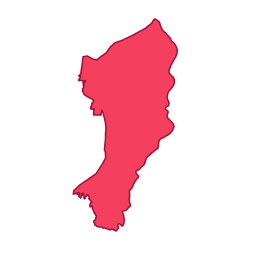 outline of Islas del Ibicuy, Entre Ríos, Argentina, rotated 247°
{"feature_id": "61730980B51981995924731", "entity_name": "Islas del Ibicuy", "entity_type": "district", "adm_level": 2, "iso_a3": "ARG", "parent_name": "Argentina", "parent_adm1": "Entre Ríos", "projection": "orthographic", "projection_center": [-58.964, -33.597], "detail": "fine", "context": "isolated", "style": "filled", "palette": "rose", "viewbox_px": 256, "rotation_deg": 247, "n_neighbors": 0, "source": "geoboundaries", "source_scale": "gbopen_adm2", "svg_char_len": 5557}
<svg xmlns="http://www.w3.org/2000/svg" viewBox="0 0 256 256"><g transform="rotate(247 128 128)"><path d="M88.6,51.8L88.5,52.0L88.5,52.8L88.3,53.7L88.1,53.7L88.0,53.9L88.2,54.2L88.1,54.5L87.5,55.1L86.9,55.3L86.4,55.6L86.2,56.0L86.3,56.4L86.5,56.3L86.9,56.0L87.1,55.7L87.3,55.5L87.9,55.8L88.0,56.1L88.3,56.9L87.5,57.7L86.8,58.1L86.0,57.8L85.6,57.5L85.0,56.6L84.6,56.2L84.3,56.0L83.7,56.1L83.1,56.7L82.1,57.0L82.8,58.1L83.2,58.6L83.7,59.0L84.6,59.3L85.2,59.5L85.6,59.8L85.7,60.1L85.7,60.7L85.3,61.3L84.8,61.5L84.5,61.4L84.2,60.4L84.1,60.2L83.9,60.2L83.1,60.8L82.5,60.9L80.8,60.1L80.2,60.0L79.8,60.3L79.8,60.8L80.0,61.0L80.3,60.9L80.4,60.6L80.6,60.4L81.0,60.4L81.2,60.6L81.2,60.9L81.3,62.9L81.4,63.1L82.3,63.4L82.6,63.6L82.7,63.9L82.6,64.3L82.3,64.8L81.4,64.8L80.5,65.2L79.6,65.3L79.2,65.2L78.7,64.9L78.5,64.3L77.4,64.5L76.2,65.2L75.5,65.2L75.1,65.4L74.4,65.4L74.1,65.3L73.8,65.5L73.9,65.2L73.7,64.9L73.6,64.2L73.4,63.9L72.2,63.0L71.0,62.3L70.7,62.2L70.3,62.3L70.1,62.6L70.1,62.9L70.5,63.4L70.5,63.9L70.3,64.3L69.8,64.7L69.2,64.6L68.9,64.4L68.7,64.0L68.0,63.8L67.1,63.8L65.6,64.0L64.4,63.8L63.4,63.7L62.5,63.8L61.7,64.1L60.3,64.2L59.5,64.5L59.0,64.5L58.5,64.1L58.4,63.6L58.1,63.3L56.1,62.3L55.8,61.8L56.2,60.9L55.9,60.3L55.3,59.8L54.8,59.6L53.5,60.0L53.0,60.0L52.4,59.6L52.0,59.6L51.5,59.7L50.5,60.5L49.3,61.1L48.1,62.9L47.6,64.4L47.3,64.8L47.0,65.2L46.0,65.5L45.6,65.9L45.4,66.3L45.4,67.0L45.2,67.3L44.2,68.3L43.5,68.9L43.1,69.9L41.4,71.3L41.2,71.5L41.1,72.4L41.1,73.7L41.0,74.0L40.6,74.4L39.7,74.9L39.4,75.6L39.1,75.9L38.3,76.2L38.0,76.7L38.0,77.6L39.2,79.1L39.7,80.2L40.1,80.4L42.2,80.7L43.0,81.1L43.4,81.6L43.5,82.2L43.1,82.8L42.6,83.2L40.4,84.0L40.1,84.3L40.0,84.5L40.1,85.2L40.3,85.5L41.9,87.0L44.6,88.5L45.8,89.0L48.1,89.4L49.5,90.0L52.2,89.8L52.6,89.9L53.1,90.2L53.3,90.8L53.4,91.2L53.2,92.6L53.0,93.5L53.2,94.9L53.4,95.6L54.6,97.4L54.9,99.0L55.6,99.8L56.7,100.3L58.2,100.3L62.1,101.3L63.4,102.0L64.0,102.5L64.8,103.0L65.8,103.5L68.2,104.1L69.2,104.6L69.7,105.1L70.1,105.8L70.6,106.6L70.7,107.2L71.7,108.9L72.6,109.8L73.5,110.4L74.4,111.2L74.5,111.4L74.6,111.8L75.1,112.5L76.4,114.0L77.8,116.6L78.2,117.6L78.3,117.7L78.4,118.0L78.5,118.1L78.6,118.4L78.9,118.7L80.1,118.8L82.9,117.9L83.9,117.9L84.3,118.1L84.9,118.4L85.2,118.8L85.4,119.3L85.3,120.0L85.4,121.9L85.7,122.7L86.2,123.9L86.9,125.0L87.0,125.6L87.2,126.7L87.3,127.2L87.7,127.8L87.8,127.9L87.9,128.1L88.5,129.1L89.1,129.8L91.2,131.4L91.6,131.6L91.7,131.8L92.6,132.7L93.4,133.9L93.9,134.7L94.0,135.1L94.3,135.4L94.3,135.8L94.2,136.3L94.3,136.5L94.4,136.9L95.7,140.0L96.2,142.2L97.0,144.1L97.2,146.3L97.6,147.4L97.8,147.7L98.7,148.4L104.0,151.5L105.1,153.3L105.6,154.4L105.4,154.9L105.2,156.0L105.3,156.5L105.3,157.3L105.7,158.5L106.0,162.5L106.6,164.5L107.8,167.0L108.9,168.4L110.8,170.5L111.9,171.1L113.5,171.3L114.5,171.2L116.3,170.7L121.1,168.6L122.7,168.5L124.2,168.9L124.8,169.2L126.5,170.9L127.7,171.3L128.5,171.2L130.4,169.9L130.8,169.9L131.6,170.1L132.2,170.8L132.4,171.4L132.6,172.5L132.5,173.4L132.9,174.1L133.8,175.0L134.6,175.4L136.6,175.8L139.2,175.5L140.1,175.7L141.8,176.5L144.9,178.6L145.6,179.5L146.6,181.4L147.4,183.1L149.0,185.9L150.2,187.2L151.3,188.2L153.6,189.3L154.8,189.6L155.5,189.5L156.9,189.5L158.0,189.1L158.7,188.7L160.5,187.9L162.3,187.5L163.1,187.4L164.3,187.9L165.8,189.0L166.4,189.5L166.7,190.1L168.0,191.1L168.6,191.6L172.7,196.7L175.7,200.7L177.6,202.3L178.6,202.9L180.4,203.7L182.2,204.1L183.3,204.2L184.9,204.0L186.6,203.9L188.2,203.5L189.3,203.0L190.7,202.1L191.4,202.0L191.9,201.9L193.2,202.1L194.3,202.0L196.3,201.2L197.1,201.0L199.1,200.2L200.0,200.1L201.0,199.7L202.2,198.9L205.2,197.9L207.2,197.8L209.2,197.8L210.0,197.9L212.2,198.2L213.4,198.2L215.4,197.1L217.7,195.6L218.0,195.0L216.7,192.7L215.5,191.3L215.1,190.1L214.5,188.3L213.7,185.0L212.9,183.1L212.9,181.9L212.5,179.4L212.5,177.6L211.5,168.1L211.0,156.3L211.1,155.3L211.5,151.3L211.5,149.6L209.7,143.8L206.0,137.8L205.7,137.3L204.4,131.1L203.0,126.3L203.0,125.8L203.2,125.4L205.1,122.8L209.8,119.0L210.2,118.5L210.4,118.0L211.1,114.5L197.4,106.3L196.6,106.0L196.6,105.8L196.3,105.5L195.9,105.3L195.9,105.0L195.7,104.7L195.7,104.0L195.3,103.8L195.4,103.4L195.3,103.1L194.7,103.4L194.5,103.9L194.6,104.2L194.4,104.4L193.4,104.1L193.0,103.8L193.0,103.3L192.8,103.2L192.8,102.8L192.2,102.0L191.9,101.9L191.5,102.0L191.5,101.8L191.3,101.3L191.0,101.2L190.9,101.3L190.5,101.9L190.5,102.6L189.7,103.9L189.4,104.9L188.8,105.7L188.7,106.2L188.5,106.5L188.5,106.8L188.3,107.2L188.0,106.8L187.6,106.8L187.7,106.5L187.6,106.3L187.6,106.1L187.2,106.2L187.4,105.6L187.6,105.6L187.8,104.9L188.0,104.8L187.7,104.5L187.4,104.6L187.2,104.6L187.1,104.9L186.6,105.2L186.9,104.9L186.9,104.5L187.0,104.4L186.8,104.1L186.6,104.2L185.7,104.2L185.4,104.3L185.3,104.2L185.3,103.9L185.1,103.9L185.1,104.2L184.7,103.8L184.6,104.1L184.4,104.2L184.4,103.9L184.1,103.8L183.9,103.5L183.4,103.4L183.2,103.5L182.9,103.2L183.0,103.0L182.6,102.9L182.5,102.7L182.2,102.5L182.0,102.2L181.8,101.6L181.6,101.7L181.4,101.4L181.1,101.5L180.8,101.2L180.7,101.0L179.7,100.6L179.6,100.4L179.3,100.5L179.2,100.5L178.8,100.5L177.8,100.9L177.5,100.8L176.8,100.9L176.6,100.7L176.4,100.7L176.1,100.7L174.5,101.5L167.0,107.3L164.6,104.9L164.9,104.5L161.7,102.5L162.0,102.1L160.3,101.0L159.6,101.9L159.2,102.6L159.0,103.3L159.0,104.1L153.5,101.4L150.5,108.1L154.3,110.8L152.8,111.1L143.1,109.6L137.4,108.0L134.0,106.4L132.2,105.3L129.2,104.1L127.0,103.1L117.0,97.7L116.4,97.6L115.5,97.8L114.9,97.8L109.5,95.8L109.0,95.4L104.8,90.2L98.5,80.9L98.3,80.3L94.3,60.9L91.5,53.6L88.6,51.8Z" fill="#f43f5e" stroke="#9f1239" stroke-width="1.5"/></g></svg>